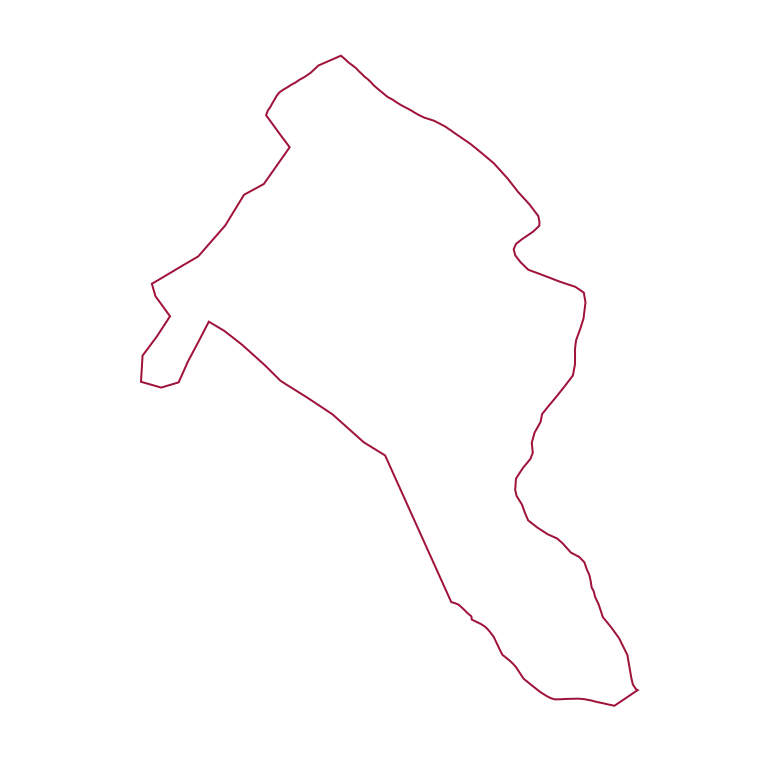 outline of Corinth Estate, Gros Islet, Saint Lucia, rotated 88°
{"feature_id": "8701671B94015264983282", "entity_name": "Corinth Estate", "entity_type": "district", "adm_level": 2, "iso_a3": "LCA", "parent_name": "Saint Lucia", "parent_adm1": "Gros Islet", "projection": "equal_earth", "projection_center": [-60.954, 14.043], "detail": "fine", "context": "isolated", "style": "outline", "palette": "rose", "viewbox_px": 768, "rotation_deg": 88, "n_neighbors": 0, "source": "geoboundaries", "source_scale": "gbopen_adm2", "svg_char_len": 2445}
<svg xmlns="http://www.w3.org/2000/svg" viewBox="0 0 768 768"><g transform="rotate(88 384 384)"><path d="M55.2,417.7L63.4,438.4L70.3,446.3L72.0,448.9L74.4,452.7L75.5,454.8L77.1,458.1L78.2,459.7L79.5,461.8L80.5,463.7L81.7,466.3L84.0,470.0L85.7,473.2L86.7,475.0L89.1,478.6L90.7,479.9L91.8,480.9L95.6,483.3L100.2,486.2L103.3,488.0L106.6,490.5L111.2,492.5L131.9,478.5L144.1,470.0L155.7,478.8L179.9,497.1L190.0,517.3L220.0,537.1L250.0,565.2L253.2,571.1L256.8,577.8L258.3,580.6L274.3,609.8L275.7,612.5L279.4,611.6L288.4,609.3L300.6,601.0L308.9,595.5L328.5,609.3L339.5,618.1L347.2,624.3L373.3,626.8L379.8,606.8L375.2,589.2L354.6,579.1L335.0,567.8L322.0,560.5L315.6,556.9L325.1,542.1L331.8,534.0L339.8,524.5L360.9,502.6L377.2,487.3L380.8,482.1L394.3,462.1L408.1,442.7L410.9,438.8L412.2,436.9L441.6,406.2L455.4,385.4L604.3,324.4L605.4,321.0L607.1,317.2L609.9,314.2L616.5,307.9L619.2,304.8L622.5,304.5L627.5,295.1L630.0,291.6L632.5,289.1L635.7,286.6L640.5,283.2L648.1,279.9L655.2,276.8L658.8,275.1L664.8,268.1L668.2,264.7L671.5,262.0L683.4,254.8L691.2,245.8L697.5,238.3L701.3,232.7L703.8,228.3L705.2,224.0L705.2,218.7L705.1,211.7L705.2,206.6L705.2,201.2L705.9,195.1L707.5,188.1L709.2,182.4L710.5,176.9L712.0,171.5L713.6,164.9L698.8,141.2L698.0,142.7L692.9,145.8L686.3,147.1L672.3,149.0L663.4,150.2L652.1,155.3L646.5,157.8L635.3,165.3L624.5,173.5L619.8,174.8L611.4,177.3L604.4,180.4L598.3,181.7L594.6,183.6L588.9,184.2L581.9,185.5L575.8,188.0L569.3,189.9L563.7,194.9L559.0,203.1L549.2,211.3L544.5,216.3L539.8,225.8L532.8,235.8L525.3,244.7L517.3,247.8L509.4,250.3L500.5,255.4L494.4,256.6L483.2,255.4L478.5,252.2L472.4,247.8L464.0,240.3L457.9,237.7L448.0,238.4L437.8,235.2L427.5,228.9L419.5,227.0L411.5,220.1L401.7,211.3L390.5,201.8L382.0,194.9L370.8,192.4L354.9,191.8L346.9,190.5L336.2,186.1L325.4,182.3L309.5,179.8L299.7,181.1L293.6,189.3L288.0,204.4L279.5,224.5L274.9,235.8L266.9,243.4L259.9,248.4L253.8,249.7L248.6,247.2L244.0,240.9L236.9,229.6L231.3,223.3L227.4,223.0L221.6,223.9L209.3,232.6L197.0,243.1L182.7,253.5L167.2,266.6L156.2,278.8L147.1,289.2L136.8,303.2L129.0,313.6L123.8,322.7L122.5,325.2L119.1,334.7L116.0,340.5L113.3,344.8L111.2,347.9L108.7,352.3L106.0,357.0L103.1,361.4L100.0,365.6L97.7,369.7L95.7,372.2L92.5,375.7L89.2,379.5L85.3,383.7L81.9,386.6L79.0,389.4L75.6,393.4L74.0,394.7L70.7,398.0L67.5,400.8L64.7,404.1L62.7,406.7L61.2,408.5L58.9,410.7L55.8,414.0L54.4,415.5L55.2,417.7Z" fill="none" stroke="#9f1239" stroke-width="2"/></g></svg>